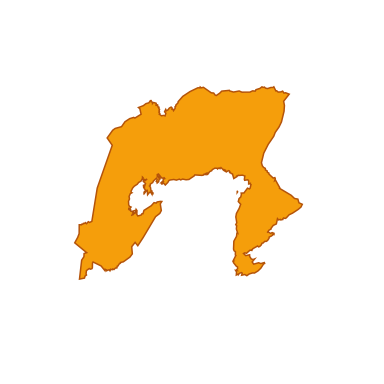 outline of Laguna, Laguna, Philippines, rotated 215°
{"feature_id": "2640588B29584406601254", "entity_name": "Laguna", "entity_type": "district", "adm_level": 2, "iso_a3": "PHL", "parent_name": "Philippines", "parent_adm1": "Laguna", "projection": "equal_earth", "projection_center": [121.262, 14.28], "detail": "fine", "context": "isolated", "style": "filled", "palette": "amber", "viewbox_px": 384, "rotation_deg": 215, "n_neighbors": 0, "source": "geoboundaries", "source_scale": "gbopen_adm2", "svg_char_len": 6105}
<svg xmlns="http://www.w3.org/2000/svg" viewBox="0 0 384 384"><g transform="rotate(215 192 192)"><path d="M168.5,327.9L172.2,327.0L173.4,325.8L175.6,326.6L176.6,325.0L178.7,323.3L180.7,323.5L181.3,322.9L185.3,325.1L185.6,324.1L187.3,322.9L189.4,320.1L191.4,319.2L192.8,319.5L193.8,318.4L195.0,318.3L195.8,315.8L198.3,312.5L198.1,310.9L200.4,309.6L201.9,307.0L208.4,302.4L211.3,301.8L215.3,297.7L219.1,296.4L219.7,296.7L225.5,291.7L226.0,288.8L227.5,284.9L228.8,284.7L231.0,285.5L233.1,284.3L242.7,284.3L244.2,282.6L245.5,282.7L245.2,281.9L247.0,280.7L251.2,273.2L254.4,265.1L255.2,258.1L254.6,257.0L255.1,254.0L254.5,252.9L254.8,252.1L253.8,250.8L253.8,248.0L255.3,248.9L255.9,248.3L256.5,249.4L257.8,249.6L258.7,247.8L258.8,245.5L259.6,243.8L260.9,244.6L260.5,242.0L258.6,241.5L257.7,238.9L259.3,238.4L260.7,236.9L263.5,237.0L263.4,237.9L265.0,238.5L264.9,239.4L265.9,240.1L266.0,241.1L267.1,241.4L267.6,242.4L268.2,242.0L269.2,242.9L270.0,242.8L270.3,243.5L271.2,242.5L272.2,244.1L273.8,243.7L275.2,243.0L275.2,242.0L275.9,242.9L277.5,242.5L277.9,243.4L278.5,243.0L278.5,240.3L280.4,238.0L281.4,234.8L284.3,230.5L282.5,230.3L278.3,226.5L281.2,219.8L282.5,219.7L285.1,216.4L287.2,211.2L287.2,205.1L291.4,200.0L292.4,197.1L292.5,187.6L284.1,184.5L271.9,140.9L257.2,110.5L258.4,108.3L259.9,108.2L260.2,105.6L261.8,105.7L261.8,104.8L263.0,104.0L263.0,103.0L263.8,102.5L263.7,101.8L265.6,100.5L260.6,93.2L259.6,89.3L258.9,83.1L243.5,81.9L245.1,79.7L243.4,77.0L243.3,72.9L234.2,56.1L230.7,59.8L231.4,61.7L230.8,63.5L231.8,64.1L233.4,67.1L232.3,70.4L231.1,70.4L230.0,71.7L230.1,72.7L232.8,76.8L232.9,77.9L224.1,79.3L218.9,77.8L218.9,78.4L218.3,78.0L218.6,78.9L217.6,79.1L217.7,79.7L216.8,78.5L215.3,80.8L214.0,80.4L214.3,82.1L212.8,82.5L212.7,83.6L211.5,83.7L211.1,85.8L210.0,86.7L210.7,88.4L210.2,89.0L210.4,91.0L209.8,92.7L210.2,93.2L208.2,95.4L205.5,103.1L205.4,107.1L210.0,112.6L209.7,118.1L205.6,116.9L205.9,126.7L207.7,150.9L206.1,156.0L206.5,159.2L211.2,164.1L211.3,166.9L212.5,166.2L214.9,163.8L214.9,162.5L217.0,161.5L217.5,157.4L220.8,149.4L219.7,146.1L220.5,145.5L220.5,143.9L222.6,141.3L224.4,142.0L226.4,145.2L227.8,145.7L226.4,142.4L226.5,141.6L227.3,141.5L228.1,137.7L227.7,140.5L228.0,141.4L228.6,141.1L228.6,143.5L230.1,141.6L231.2,141.2L232.1,142.2L233.0,141.4L234.0,141.6L234.4,142.4L233.3,142.9L233.3,144.7L235.1,144.4L236.5,145.2L238.7,148.0L239.2,150.4L241.0,152.3L241.6,155.3L240.8,156.9L241.6,156.8L242.4,157.8L242.9,161.3L242.6,163.7L241.3,166.9L241.2,169.2L240.0,171.7L240.4,174.8L241.1,175.8L240.3,175.7L239.3,174.2L238.3,174.9L237.7,174.4L236.2,176.9L237.0,174.3L238.4,173.6L238.1,172.8L234.9,172.3L234.4,170.4L234.8,170.8L235.6,169.6L234.1,167.9L233.5,168.3L232.8,167.3L231.4,167.0L230.9,165.9L231.2,164.4L230.8,163.8L230.8,164.6L230.5,163.4L230.2,163.3L230.1,167.2L229.6,167.7L226.8,164.3L226.6,167.2L226.0,168.2L223.6,167.2L224.6,168.7L223.4,168.3L223.3,168.8L225.1,169.0L225.3,169.8L226.5,169.7L228.9,172.2L230.3,172.5L230.0,173.5L230.7,174.5L229.6,177.2L229.9,178.9L229.1,182.9L227.7,182.2L227.3,180.2L226.8,180.4L225.7,179.4L225.2,181.3L226.2,183.6L225.7,184.4L228.9,184.8L228.6,185.4L227.3,185.5L227.8,185.8L229.7,185.3L230.4,186.3L229.7,186.8L230.2,187.3L229.0,186.4L230.4,187.7L224.9,186.1L223.2,187.0L223.0,188.3L222.7,186.8L222.3,186.9L222.9,186.0L222.1,184.7L222.5,182.5L221.7,183.3L222.1,180.8L221.5,181.8L221.0,181.6L220.4,183.0L217.9,182.4L217.3,185.9L217.5,188.2L216.7,189.4L214.1,191.8L211.6,192.8L209.7,195.3L208.2,195.4L207.1,197.2L203.9,198.6L201.7,200.5L199.4,206.6L199.5,207.6L193.4,211.3L192.3,212.5L192.5,213.1L190.7,214.2L190.8,214.7L192.0,213.8L190.6,216.2L189.4,216.9L189.1,219.0L188.1,220.7L188.2,222.0L186.9,224.7L184.7,226.0L184.3,225.6L183.6,227.3L182.4,227.2L182.3,228.6L178.9,228.1L178.8,228.7L177.1,229.0L176.6,228.5L177.2,228.0L175.9,228.1L176.2,228.5L175.3,228.5L174.3,230.5L173.5,230.7L172.4,229.6L172.1,230.1L170.6,229.6L169.2,230.0L165.5,227.0L164.0,230.5L164.1,231.1L164.6,230.1L164.3,231.4L160.4,234.7L157.9,235.4L156.4,232.4L155.6,231.8L153.3,234.0L151.9,233.5L150.2,231.1L149.3,232.3L149.1,231.8L148.0,232.0L146.6,228.5L146.7,227.5L148.5,227.0L148.7,227.6L148.9,221.0L151.1,219.3L150.2,218.4L149.2,215.9L149.7,213.6L148.6,210.7L145.1,209.9L144.0,205.8L143.3,199.9L141.8,196.7L137.7,192.5L137.4,190.3L136.1,190.1L134.5,187.2L131.1,184.6L131.7,184.6L131.6,184.0L130.1,181.2L129.5,175.7L125.2,169.0L123.8,168.0L122.2,168.0L120.4,165.3L119.7,165.2L118.8,159.0L118.3,159.2L118.5,158.7L117.4,157.9L113.1,156.6L111.8,156.8L110.6,155.3L111.0,153.4L110.4,153.4L111.4,152.8L109.7,152.1L108.1,149.4L107.0,151.4L106.6,151.0L106.5,152.7L105.3,154.3L104.3,154.3L103.6,152.3L101.4,154.7L99.1,154.9L98.1,157.7L96.0,160.4L94.3,161.5L92.7,165.1L91.9,169.0L92.1,174.2L91.5,175.1L92.3,175.7L94.6,172.8L96.8,172.3L100.1,168.3L102.6,169.2L102.3,173.1L103.1,171.9L104.9,171.1L107.8,172.3L108.8,173.6L111.5,170.7L114.5,171.2L113.9,172.4L112.2,173.1L111.1,177.6L109.6,178.4L110.0,178.9L109.5,179.4L109.7,180.3L107.3,185.4L106.0,185.2L105.3,186.2L104.9,188.4L105.3,190.2L104.5,191.0L104.1,193.3L102.8,194.2L102.3,195.6L102.3,198.1L102.9,199.4L101.8,201.3L101.3,202.7L101.6,203.4L100.4,204.1L101.1,205.2L103.1,204.7L103.8,203.2L106.6,203.0L107.1,201.9L107.0,205.0L106.0,207.0L106.4,207.6L106.3,211.2L104.6,214.2L106.7,219.2L105.0,218.8L104.0,220.2L103.3,220.0L101.8,221.6L102.2,222.2L102.1,223.2L100.5,223.8L99.9,224.9L99.4,229.0L97.5,232.4L95.0,238.7L94.1,242.1L94.6,245.2L98.2,244.5L101.2,246.9L104.3,245.5L108.9,246.2L122.4,245.2L122.5,245.8L130.5,249.7L130.8,248.8L131.5,250.8L132.4,251.3L133.5,250.0L139.2,250.8L139.9,251.6L141.6,251.4L142.6,252.4L144.5,252.2L145.5,253.4L147.5,253.2L149.4,253.8L151.9,255.8L155.5,265.0L156.9,274.8L157.0,284.5L158.0,288.5L158.0,295.1L158.9,300.7L162.9,310.9L165.9,315.9L169.0,318.9L168.5,327.9ZM155.8,218.9L155.2,218.4L154.7,217.6L154.7,218.3L155.8,218.9ZM189.2,216.4L189.7,215.5L189.5,215.2L189.2,215.8L189.2,216.4ZM227.8,141.8L227.7,141.2L227.4,140.9L227.5,141.8L227.8,141.8ZM223.7,168.2L223.1,167.7L223.0,167.9L223.7,168.2ZM221.4,181.0L221.7,180.7L221.4,181.0Z" fill="#f59e0b" stroke="#b45309" stroke-width="1.5"/></g></svg>